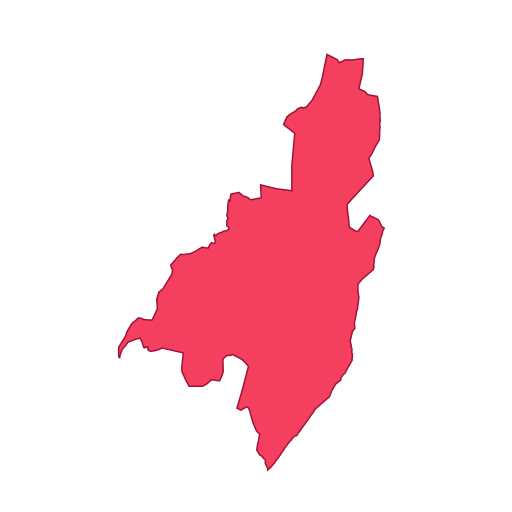 Kviteseid nor, Telemark, Norway (Robinson projection), rotated 278°
{"feature_id": "86288312B3743055335069", "entity_name": "Kviteseid nor", "entity_type": "district", "adm_level": 2, "iso_a3": "NOR", "parent_name": "Norway", "parent_adm1": "Telemark", "projection": "robinson", "projection_center": [8.487, 59.408], "detail": "fine", "context": "isolated", "style": "filled", "palette": "rose", "viewbox_px": 512, "rotation_deg": 278, "n_neighbors": 0, "source": "geoboundaries", "source_scale": "gbopen_adm2", "svg_char_len": 5893}
<svg xmlns="http://www.w3.org/2000/svg" viewBox="0 0 512 512"><g transform="rotate(278 256 256)"><path d="M165.7,365.6L166.5,365.7L166.9,365.6L167.2,365.6L168.1,365.2L168.4,365.2L168.6,365.3L168.8,365.6L169.6,365.6L170.4,365.3L170.9,365.2L172.7,365.0L173.1,364.7L173.2,364.4L173.3,364.3L174.1,364.1L175.0,364.2L175.6,364.1L176.1,364.2L181.9,362.3L182.7,361.9L185.3,361.1L194.7,362.0L198.0,363.9L203.9,362.7L207.8,363.1L213.2,363.3L214.4,363.3L215.8,363.5L218.0,364.0L219.0,363.7L220.1,363.7L221.0,363.8L222.8,363.8L224.2,363.7L229.1,363.7L232.0,362.8L234.4,362.2L235.7,361.8L242.1,360.9L247.6,364.1L258.7,373.9L261.1,374.4L262.5,373.9L270.8,373.6L274.8,374.5L276.3,374.8L279.8,376.0L280.9,376.1L283.4,376.7L284.2,376.7L285.4,377.0L290.5,376.9L295.5,377.8L298.0,378.0L298.9,378.2L301.4,379.1L302.2,377.5L302.6,376.6L305.5,374.5L305.8,374.4L307.8,373.1L309.1,371.6L310.4,367.9L311.1,365.5L311.2,364.8L312.1,363.1L310.7,362.5L308.2,361.0L307.2,360.6L306.3,359.9L304.3,358.8L303.3,358.3L294.3,353.3L294.8,350.3L297.7,344.3L306.0,342.4L313.9,340.2L319.7,339.1L327.1,343.9L328.5,345.0L330.9,346.6L337.9,351.4L339.3,352.4L351.6,361.0L355.3,360.0L368.4,354.2L374.2,356.8L380.7,358.8L388.1,362.0L392.9,361.6L395.5,361.2L401.6,360.8L402.2,360.5L403.5,360.1L406.0,360.1L406.8,360.1L407.1,360.2L407.4,360.2L408.0,360.1L409.9,359.6L410.6,359.4L411.5,359.3L415.0,358.8L417.1,358.2L418.5,357.9L421.6,357.0L421.8,356.9L424.8,355.9L425.4,355.7L427.6,355.1L430.9,354.0L431.2,347.5L431.1,346.5L431.2,345.9L431.4,344.5L431.4,344.0L432.1,343.2L432.4,342.7L432.8,342.5L433.0,342.2L433.4,341.9L433.6,341.4L433.8,341.2L433.8,340.8L434.1,340.5L434.2,340.3L435.8,334.7L438.7,334.8L451.2,336.0L466.2,334.8L466.0,332.7L463.6,324.4L462.7,317.2L458.9,311.4L461.7,309.2L465.5,298.3L441.1,296.7L434.5,295.9L425.7,292.7L417.2,289.5L409.5,284.3L409.5,284.2L409.9,283.8L409.9,283.6L409.9,283.2L409.8,282.9L409.6,282.7L409.0,282.1L408.9,281.8L409.0,281.6L409.5,281.0L409.6,280.8L409.6,280.7L409.5,280.0L409.5,279.7L408.7,278.9L408.6,278.6L408.4,278.1L408.2,277.9L408.0,277.4L407.3,276.5L405.9,275.6L405.3,275.4L404.9,274.5L404.4,274.2L400.7,269.5L397.7,267.1L390.0,265.0L389.3,266.1L382.9,277.3L350.9,278.9L325.6,282.4L325.7,282.1L325.6,279.6L325.6,276.5L325.5,273.9L325.5,270.3L325.5,269.7L325.4,268.5L325.4,267.1L327.1,250.6L314.3,253.1L310.9,242.6L312.7,239.9L313.2,238.0L313.6,235.4L313.7,234.8L315.7,231.8L316.0,231.2L316.6,230.4L314.8,225.3L313.8,222.6L310.8,222.4L306.6,222.6L306.5,222.3L307.4,221.7L307.6,221.2L305.8,221.1L304.5,221.0L300.5,221.2L298.5,221.5L297.9,221.7L297.4,221.7L294.3,221.6L294.1,221.6L291.8,221.5L291.4,221.9L291.1,222.0L290.6,222.4L290.2,223.0L288.7,222.9L286.6,222.2L285.0,222.5L284.6,222.7L284.3,222.6L283.7,222.6L283.2,222.6L281.7,223.2L281.8,223.3L281.5,223.6L281.6,224.0L280.6,224.7L280.3,224.9L279.2,225.6L276.7,223.3L276.5,221.7L276.0,220.1L274.4,218.7L274.4,217.7L272.6,215.0L270.6,213.3L271.1,212.3L271.7,211.9L271.3,211.6L271.1,211.3L269.2,211.9L265.4,213.4L263.7,214.0L262.5,212.9L263.0,210.0L261.7,209.3L260.7,208.7L257.1,207.4L257.2,201.2L252.8,196.1L249.2,190.8L247.2,183.1L247.3,181.2L243.0,177.9L235.1,172.8L232.3,174.1L230.0,175.6L228.5,175.1L226.7,175.4L210.3,168.3L208.9,166.9L206.6,164.8L199.5,163.7L190.0,165.7L178.4,162.2L178.1,161.7L177.9,160.6L177.7,157.9L177.4,154.1L178.1,152.0L178.4,150.2L178.4,149.7L178.3,148.5L178.3,148.3L178.3,148.1L178.0,147.7L176.6,146.7L176.0,146.2L175.4,145.8L175.0,145.4L174.6,145.1L173.2,143.6L171.2,142.1L164.1,139.2L161.6,138.4L159.1,138.2L147.0,132.9L144.0,133.0L140.5,133.5L136.9,134.2L136.4,135.1L138.5,135.2L144.1,136.3L146.3,137.4L148.8,139.1L151.5,140.6L153.2,141.4L153.1,141.6L153.2,142.1L153.4,142.2L155.4,145.8L156.7,148.2L157.2,149.2L157.5,149.8L157.7,150.8L158.1,151.3L158.1,151.5L158.6,152.6L154.4,155.4L149.9,157.5L150.1,158.0L149.9,158.2L149.6,158.2L149.5,158.4L149.8,158.7L150.3,158.8L150.5,158.9L150.3,159.4L150.4,159.8L150.5,159.9L150.4,160.1L150.5,160.2L150.7,160.6L150.6,161.1L150.7,161.3L150.3,161.3L150.0,161.3L149.9,161.4L149.9,161.6L148.7,161.9L148.5,162.2L148.1,162.4L147.8,162.4L147.5,162.6L147.6,163.0L147.6,163.4L147.6,163.6L146.9,164.4L147.8,168.0L149.1,171.2L149.9,173.0L151.8,175.8L151.4,180.2L151.0,185.5L150.9,186.6L150.1,195.6L149.9,197.4L149.1,197.4L144.7,197.8L143.5,197.6L137.6,198.0L135.5,197.9L131.2,198.8L129.8,199.5L129.2,199.9L127.4,201.2L125.4,202.4L123.8,203.4L122.9,204.0L120.0,206.3L117.8,207.6L118.6,214.3L118.8,215.6L119.0,217.3L119.3,219.4L119.9,221.7L120.8,223.0L123.0,225.6L125.2,227.3L127.4,229.8L127.3,233.2L127.3,237.3L132.7,239.0L137.2,239.6L147.0,237.9L149.7,237.8L151.9,239.7L153.1,240.6L153.4,241.0L153.6,242.3L153.8,243.7L153.8,243.8L154.4,245.2L155.3,246.0L152.8,253.6L150.9,257.7L148.0,261.2L145.6,263.9L120.2,260.9L102.7,258.3L101.2,262.5L101.9,263.3L102.2,263.8L102.5,264.0L102.7,264.3L103.3,264.8L103.5,265.2L103.6,265.7L104.4,266.4L104.5,266.7L104.7,266.9L104.8,267.2L105.0,267.4L105.4,267.9L104.3,270.0L102.4,270.8L100.9,271.8L99.3,272.3L90.2,276.4L85.4,279.3L83.4,280.5L81.7,282.0L81.6,282.4L81.1,283.2L80.3,284.4L74.2,284.2L72.5,284.1L71.1,283.9L69.6,283.8L68.6,283.8L64.1,283.7L63.7,284.0L63.0,284.6L61.0,286.1L60.1,286.9L59.4,287.5L58.9,288.8L58.4,289.9L56.6,291.5L56.7,291.8L56.5,292.0L55.9,293.4L54.8,293.8L54.3,293.9L53.8,293.7L53.4,293.9L51.7,294.1L48.3,296.6L47.5,296.9L45.8,297.3L48.8,300.0L51.4,301.7L52.5,302.3L52.8,302.6L53.2,302.9L56.4,304.4L57.0,304.8L58.0,305.4L59.1,305.9L62.1,307.6L64.7,308.7L67.5,310.3L69.7,311.1L72.6,312.8L73.6,313.1L74.1,313.5L74.4,313.7L76.0,314.8L77.0,315.2L78.5,316.4L79.5,316.9L80.4,317.4L82.8,319.2L83.2,319.5L83.7,321.1L84.1,321.6L86.1,322.1L88.3,323.6L91.6,325.2L102.8,331.1L104.4,331.9L105.5,332.3L107.9,333.8L112.8,336.1L127.0,348.4L133.6,349.9L140.3,352.8L140.6,353.0L144.9,357.2L147.0,357.1L150.2,358.6L152.7,360.6L158.6,362.6L160.6,363.6L164.7,365.1L165.7,365.6Z" fill="#f43f5e" stroke="#9f1239" stroke-width="1.5"/></g></svg>